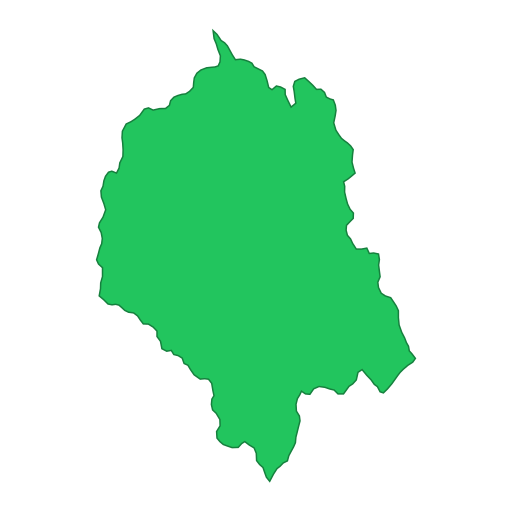 Itaúna, Minas Gerais, Brazil (Equal Earth projection)
{"feature_id": "56859067B71010980379749", "entity_name": "Itaúna", "entity_type": "district", "adm_level": 2, "iso_a3": "BRA", "parent_name": "Brazil", "parent_adm1": "Minas Gerais", "projection": "equal_earth", "projection_center": [-44.581, -20.081], "detail": "fine", "context": "isolated", "style": "filled", "palette": "green", "viewbox_px": 512, "rotation_deg": 0, "n_neighbors": 0, "source": "geoboundaries", "source_scale": "gbopen_adm2", "svg_char_len": 3261}
<svg xmlns="http://www.w3.org/2000/svg" viewBox="0 0 512 512"><path d="M269.7,481.3L273.6,473.9L277.0,468.6L279.9,466.4L283.3,462.9L287.4,460.9L288.8,455.7L291.2,451.2L293.6,446.8L295.4,442.7L295.9,437.1L297.1,432.4L298.4,427.1L300.0,420.9L299.4,416.0L296.4,411.1L296.0,404.3L297.4,398.6L299.6,395.1L301.5,391.2L305.5,393.9L309.9,394.3L313.7,388.8L319.0,386.5L324.9,387.3L329.8,389.0L334.1,390.0L338.0,393.9L343.5,393.9L346.0,390.5L349.0,386.3L352.7,383.9L356.3,379.9L358.0,372.3L362.1,369.6L366.7,375.2L371.0,379.7L374.3,384.4L377.4,386.6L380.1,391.8L383.4,392.9L387.4,389.0L391.8,383.8L395.1,379.2L397.5,375.8L400.0,372.5L403.3,369.2L408.0,365.2L412.7,362.2L415.4,358.4L412.0,353.9L409.3,350.9L408.5,346.3L406.4,342.6L404.6,337.9L401.7,332.3L399.1,325.0L398.4,317.6L398.4,310.7L396.2,306.0L393.8,302.3L390.7,297.7L385.2,295.9L381.2,293.2L378.5,287.6L377.8,282.2L380.1,276.8L379.2,269.7L378.6,265.0L379.4,259.6L378.5,254.0L373.6,253.0L369.3,253.5L366.8,248.1L361.5,249.1L356.3,249.1L352.6,243.4L350.6,239.0L347.4,235.3L346.1,230.2L346.5,225.3L350.3,221.3L353.2,218.4L353.4,213.1L350.1,209.3L347.6,204.1L346.1,198.7L344.6,192.1L344.7,186.3L343.6,181.8L348.1,178.9L351.9,175.8L355.1,173.1L353.6,168.5L352.0,162.1L352.5,155.1L353.2,149.6L350.7,146.0L347.4,142.9L344.3,140.7L341.4,138.3L338.8,134.7L335.9,130.2L333.7,122.8L335.2,115.7L336.0,110.4L335.3,105.2L333.3,99.9L330.1,99.0L326.3,97.1L324.5,92.4L320.9,89.2L316.5,89.4L312.8,85.3L308.8,81.5L304.7,77.8L299.1,79.2L294.8,81.4L293.3,86.4L294.2,91.6L295.0,98.2L295.8,103.2L291.1,107.1L287.8,100.4L285.2,94.6L285.1,89.4L280.6,87.0L276.4,86.0L272.0,89.7L268.7,87.5L267.1,80.9L265.1,74.5L262.5,71.0L258.5,69.0L254.1,66.8L251.9,63.2L248.6,61.4L244.1,59.9L240.4,59.2L235.4,59.7L232.2,54.7L229.7,50.1L227.4,45.9L224.6,42.8L221.1,40.5L217.0,34.4L213.1,30.7L214.1,38.6L216.3,43.9L217.9,49.4L220.4,55.8L220.0,61.9L218.2,65.9L214.9,67.0L211.3,67.3L206.6,67.8L200.9,70.0L196.9,73.2L194.3,77.9L193.7,82.5L193.3,87.4L189.5,91.4L185.7,93.9L182.0,94.3L177.6,95.6L173.9,97.2L170.6,100.7L169.4,105.4L165.5,108.5L159.7,108.6L153.1,110.1L148.5,107.9L144.3,109.1L139.7,115.4L134.6,119.4L130.8,121.8L126.2,124.0L122.4,131.2L122.0,137.8L122.7,143.0L123.1,149.8L122.9,156.5L119.8,162.9L119.1,168.0L116.5,173.1L111.8,171.2L108.5,172.2L105.5,176.3L103.9,180.8L103.0,186.3L100.9,190.8L101.4,197.0L103.9,203.6L105.7,209.8L103.0,217.2L99.5,222.8L98.5,227.2L101.2,232.6L102.3,238.5L101.7,243.7L99.9,247.8L98.5,253.2L96.6,259.8L98.5,264.0L102.5,267.7L102.5,276.6L100.7,282.9L100.5,288.8L99.2,295.9L103.8,299.8L108.0,304.0L112.0,304.8L115.7,304.3L118.9,305.1L121.7,307.5L124.8,310.4L128.5,312.2L133.6,312.9L137.6,315.9L140.3,320.0L143.3,323.9L148.4,324.1L153.2,327.1L157.0,331.1L157.0,336.5L160.5,341.3L161.9,348.7L166.7,351.2L171.3,350.4L173.8,354.5L178.2,355.6L182.2,358.1L184.1,363.5L187.9,365.2L190.5,369.6L194.1,374.8L200.2,379.1L204.7,378.7L208.5,379.2L211.7,383.3L212.9,390.5L214.0,395.7L211.9,399.1L211.4,404.5L212.6,409.9L216.2,413.3L219.9,419.5L220.1,425.8L216.6,431.5L217.0,438.1L219.9,441.6L223.3,444.5L227.1,445.9L232.1,447.6L238.2,447.4L241.7,443.5L244.8,441.6L249.1,444.9L254.1,447.9L256.3,453.3L256.6,460.6L259.6,464.5L263.0,467.5L264.7,472.5L266.4,477.2L269.7,481.3Z" fill="#22c55e" stroke="#15803d" stroke-width="1.5"/></svg>